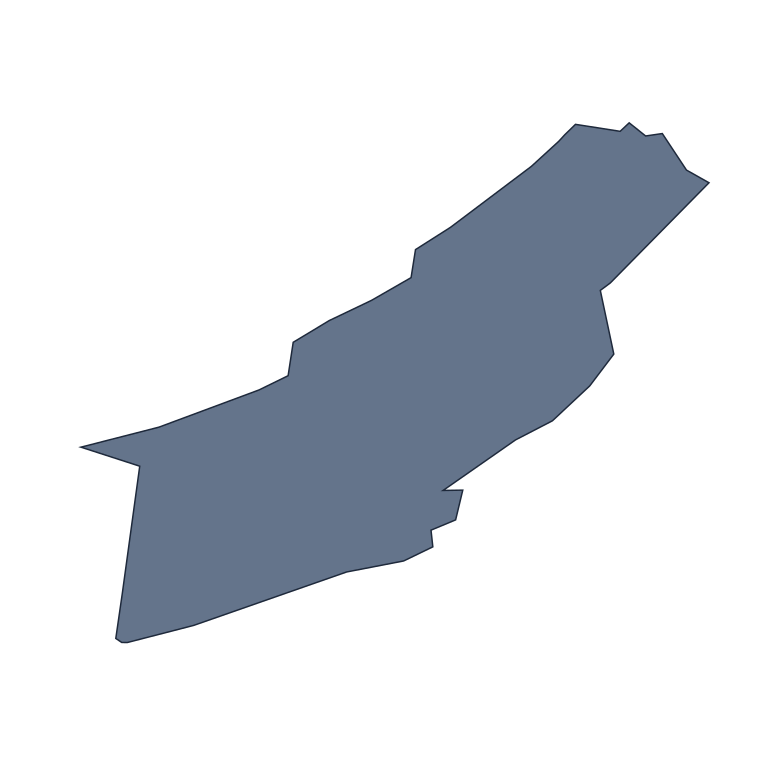 Mifflin, Pennsylvania, United States of America, rotated 189°
{"feature_id": "52423323B27550488562825", "entity_name": "Mifflin", "entity_type": "district", "adm_level": 2, "iso_a3": "USA", "parent_name": "United States of America", "parent_adm1": "Pennsylvania", "projection": "orthographic", "projection_center": [-77.632, 40.604], "detail": "fine", "context": "isolated", "style": "filled", "palette": "slate", "viewbox_px": 768, "rotation_deg": 189, "n_neighbors": 0, "source": "geoboundaries", "source_scale": "gbopen_adm2", "svg_char_len": 647}
<svg xmlns="http://www.w3.org/2000/svg" viewBox="0 0 768 768"><g transform="rotate(189 384 384)"><path d="M673.5,274.2L612.4,264.6L609.7,135.9L609.1,90.7L602.6,87.7L597.1,88.5L534.2,115.8L391.5,192.5L336.9,212.3L310.3,230.8L314.7,247.0L292.0,261.0L289.6,291.5L309.0,288.1L245.3,349.4L211.9,374.0L180.5,414.3L161.7,449.5L185.0,510.3L176.3,519.2L94.5,633.6L118.7,642.6L148.3,674.9L164.4,669.9L182.7,680.3L190.3,670.5L235.5,670.4L244.4,658.5L249.4,651.0L272.5,622.0L342.9,549.1L373.9,521.7L373.9,493.3L409.5,464.6L448.0,438.1L480.2,411.0L480.0,377.2L506.5,358.6L599.5,306.2L673.5,274.2Z" fill="#64748b" stroke="#1e293b" stroke-width="1.5"/></g></svg>